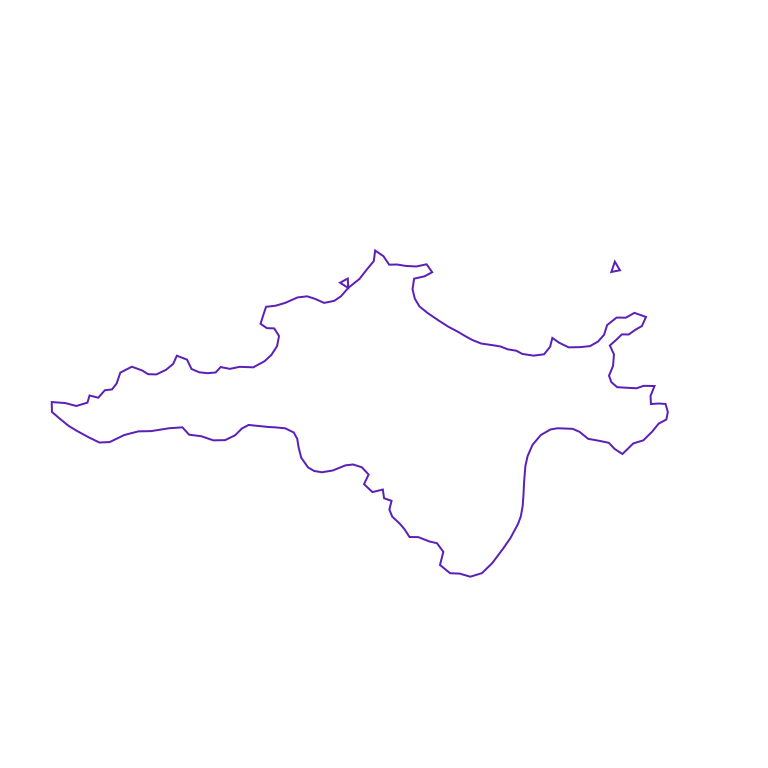 the district of Guarujá, São Paulo, Brazil, rotated 223°
{"feature_id": "56859067B97137242485272", "entity_name": "Guarujá", "entity_type": "district", "adm_level": 2, "iso_a3": "BRA", "parent_name": "Brazil", "parent_adm1": "São Paulo", "projection": "mercator", "projection_center": [-46.231, -23.954], "detail": "fine", "context": "isolated", "style": "outline", "palette": "violet", "viewbox_px": 768, "rotation_deg": 223, "n_neighbors": 0, "source": "geoboundaries", "source_scale": "gbopen_adm2", "svg_char_len": 2520}
<svg xmlns="http://www.w3.org/2000/svg" viewBox="0 0 768 768"><g transform="rotate(223 384 384)"><path d="M492.0,214.0L482.0,221.2L470.4,226.4L461.9,234.6L457.9,245.0L457.6,254.5L455.1,261.7L439.4,273.6L434.0,278.1L426.1,284.2L416.9,287.0L410.0,284.7L403.5,279.6L394.2,273.6L382.6,271.2L375.7,272.8L369.2,277.1L362.5,285.8L356.7,298.2L351.8,304.0L343.4,308.0L333.5,307.3L330.3,297.1L318.7,297.1L312.9,306.0L306.0,300.5L298.8,303.7L294.4,295.8L287.5,292.6L277.3,292.6L270.1,291.8L261.0,289.5L254.5,295.4L243.6,299.7L236.7,303.7L226.1,301.7L219.6,289.8L206.6,290.7L199.4,296.9L189.5,301.9L183.4,312.4L182.7,326.8L184.6,344.7L186.5,357.7L190.6,373.2L193.6,380.4L199.4,389.4L207.6,399.5L214.9,408.1L224.7,420.5L229.8,429.2L233.9,440.8L234.5,453.7L231.2,464.4L226.8,470.1L215.4,479.9L208.3,482.4L197.4,483.1L187.4,489.5L179.5,494.3L171.0,493.8L161.9,495.4L161.5,503.1L161.2,510.5L155.9,519.7L155.4,532.0L156.1,542.3L153.3,550.6L157.3,557.1L164.5,561.4L169.9,557.0L175.1,551.4L180.9,557.0L184.8,567.0L192.9,559.7L196.4,553.1L204.5,546.3L211.3,540.7L218.9,540.4L225.1,543.5L228.8,553.4L236.0,562.5L245.1,566.2L244.3,574.1L243.9,582.5L238.8,587.1L237.1,595.2L234.9,602.3L238.1,611.7L249.4,606.8L252.3,597.5L259.2,591.2L261.0,579.2L256.6,570.1L256.4,561.0L259.2,552.2L265.4,545.0L274.0,536.7L284.2,533.6L292.3,532.5L287.9,524.5L287.2,514.9L294.0,506.7L303.4,500.3L309.9,498.6L317.1,493.8L324.2,491.0L330.7,486.7L340.5,479.9L349.2,476.5L356.9,474.5L364.8,472.8L376.4,469.7L387.3,467.7L400.3,465.7L410.9,464.9L419.6,467.4L427.8,472.8L433.8,481.6L427.8,490.4L425.0,498.6L434.5,500.6L440.5,492.0L448.6,485.2L455.8,480.4L461.6,474.8L471.5,477.1L481.5,475.6L475.3,466.9L474.6,455.3L473.6,444.2L475.7,429.9L475.3,418.8L477.1,410.9L483.1,402.5L493.1,399.0L500.0,395.7L506.3,388.3L511.6,375.9L516.7,367.3L522.9,360.0L519.3,352.1L515.3,343.8L507.7,345.0L502.2,349.8L493.5,347.5L488.0,338.7L486.2,328.3L486.9,319.2L491.0,307.0L501.2,298.2L507.0,290.0L515.0,285.0L515.0,277.6L520.4,271.6L527.2,266.5L535.0,263.7L544.7,267.5L554.8,263.4L551.9,255.0L553.1,245.7L557.0,235.8L563.2,230.3L570.0,229.0L580.2,224.7L584.6,212.5L579.9,202.1L579.2,194.6L583.9,189.0L583.6,179.1L591.5,174.8L588.2,168.1L594.0,158.1L604.1,152.7L614.7,144.2L607.8,137.1L597.7,137.5L586.1,138.3L576.5,140.3L564.4,143.4L552.2,147.1L545.0,154.5L539.2,169.5L531.3,181.9L522.2,190.7L510.9,205.2L501.9,214.8L492.0,214.0ZM294.1,621.0L289.0,628.1L298.6,630.9L294.1,621.0ZM475.7,429.9L482.4,436.4L485.2,428.1L475.7,429.9Z" fill="none" stroke="#5b21b6" stroke-width="2"/></g></svg>